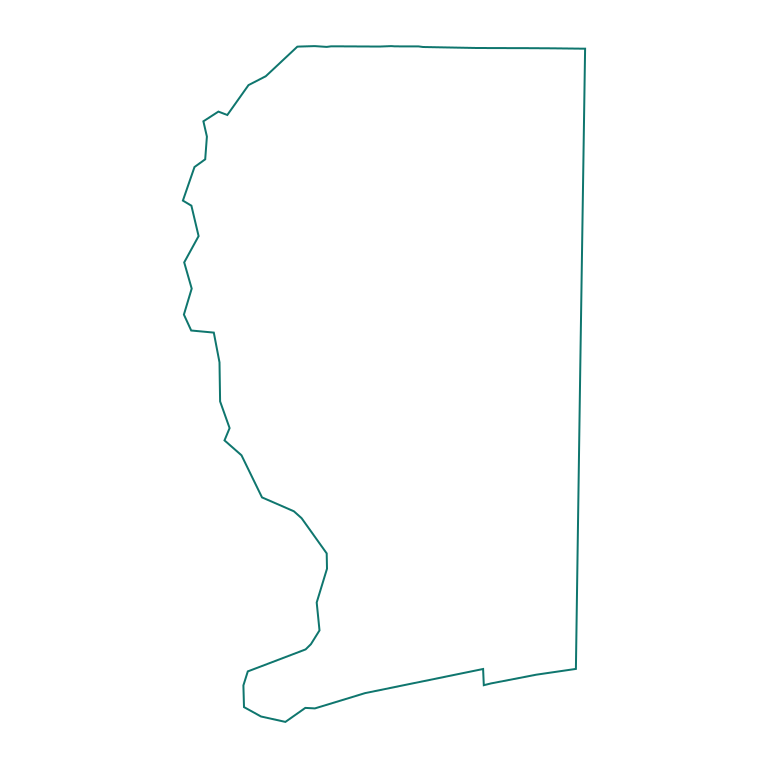 Santa Rosa, Florida, United States of America
{"feature_id": "52423323B90270003054506", "entity_name": "Santa Rosa", "entity_type": "district", "adm_level": 2, "iso_a3": "USA", "parent_name": "United States of America", "parent_adm1": "Florida", "projection": "equal_earth", "projection_center": [-87.113, 30.667], "detail": "fine", "context": "isolated", "style": "outline", "palette": "teal", "viewbox_px": 768, "rotation_deg": 0, "n_neighbors": 0, "source": "geoboundaries", "source_scale": "gbopen_adm2", "svg_char_len": 897}
<svg xmlns="http://www.w3.org/2000/svg" viewBox="0 0 768 768"><path d="M483.8,685.2L491.1,683.4L536.2,674.7L574.6,669.1L575.9,668.9L580.3,365.3L585.1,48.7L584.8,48.7L550.9,48.3L549.8,48.3L518.5,48.1L507.0,48.1L476.8,48.0L423.0,47.0L418.5,46.4L401.2,46.4L394.1,46.3L391.4,46.1L380.9,46.5L373.1,46.5L369.6,46.5L331.3,46.3L326.7,46.9L314.7,46.1L298.0,46.6L297.3,46.7L265.8,76.2L248.5,85.1L227.3,115.0L218.4,111.6L203.4,121.3L206.9,136.6L205.2,159.3L194.5,167.0L182.9,200.6L191.4,205.7L198.6,236.1L184.2,262.4L191.7,288.6L183.9,314.6L191.2,330.5L213.8,332.6L219.5,362.4L220.1,401.4L229.6,428.1L224.5,440.4L241.5,455.3L262.0,497.4L293.9,511.3L301.6,518.2L326.7,553.4L327.0,568.7L316.7,602.5L319.5,630.4L310.9,644.2L305.6,649.4L247.8,671.4L243.4,685.4L244.0,707.1L261.0,716.5L285.4,721.9L305.3,707.9L314.9,708.4L365.1,693.1L483.1,669.0L483.8,685.2Z" fill="none" stroke="#0f766e" stroke-width="2"/></svg>